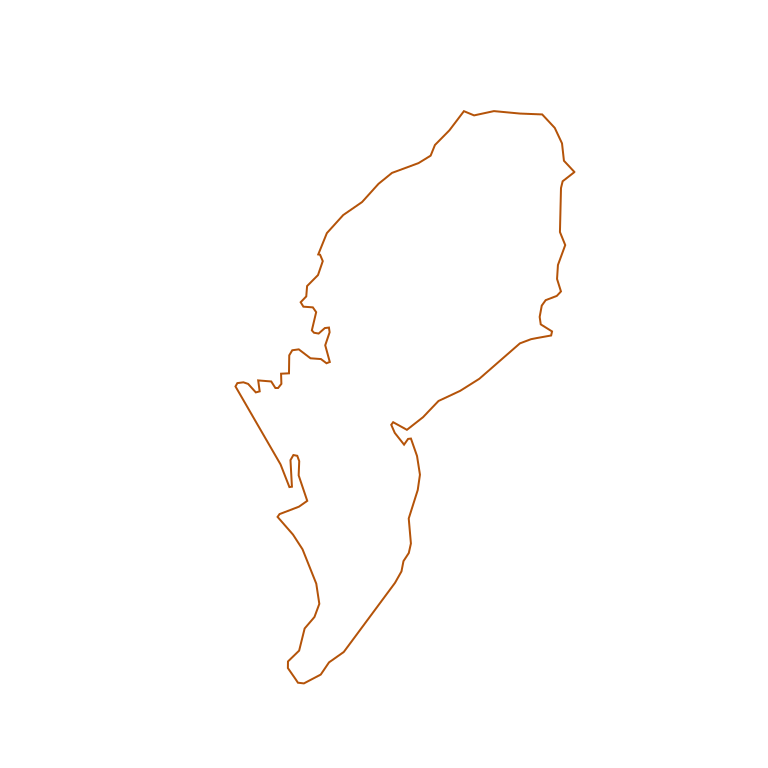 the district of Ryongyon, Hwanghae-namdo, North Korea, rotated 292°
{"feature_id": "82179303B51657859086197", "entity_name": "Ryongyon", "entity_type": "district", "adm_level": 2, "iso_a3": "PRK", "parent_name": "North Korea", "parent_adm1": "Hwanghae-namdo", "projection": "equal_earth", "projection_center": [124.917, 38.15], "detail": "fine", "context": "isolated", "style": "outline", "palette": "amber", "viewbox_px": 768, "rotation_deg": 292, "n_neighbors": 0, "source": "geoboundaries", "source_scale": "gbopen_adm2", "svg_char_len": 1672}
<svg xmlns="http://www.w3.org/2000/svg" viewBox="0 0 768 768"><g transform="rotate(292 384 384)"><path d="M479.5,274.5L479.9,276.3L475.0,281.2L460.3,282.0L446.0,276.0L436.1,279.1L428.6,276.1L425.5,280.3L428.4,289.3L425.2,294.2L406.7,297.0L405.3,299.9L406.3,304.5L413.7,308.2L415.7,311.8L411.6,314.2L397.9,315.0L384.1,325.5L383.4,324.7L381.7,322.9L383.5,316.2L380.3,306.2L384.2,292.0L380.9,286.3L375.1,285.4L358.3,291.9L355.0,284.7L345.7,288.8L340.6,287.3L339.6,284.8L344.1,278.5L340.2,266.0L330.6,271.5L328.2,268.3L333.2,258.0L332.9,253.0L329.9,247.7L326.1,247.2L302.2,277.8L270.7,318.2L253.0,334.9L254.3,337.1L278.4,325.8L284.2,326.6L284.9,330.5L280.7,334.3L267.3,339.1L246.9,356.6L238.4,351.1L224.9,336.6L224.3,335.9L220.9,335.1L210.3,356.0L200.2,370.4L173.5,396.0L155.9,406.4L141.9,406.8L127.6,402.0L105.0,405.2L90.8,398.9L84.6,401.3L77.0,412.9L74.8,416.1L76.4,421.9L90.9,434.2L105.3,437.3L120.5,447.1L203.8,468.7L216.8,470.4L227.1,468.4L236.6,470.3L244.4,469.0L246.2,468.7L268.6,457.3L298.3,455.0L313.4,451.3L329.6,441.6L343.5,429.4L342.1,426.9L335.3,425.3L342.7,412.3L348.9,406.0L352.0,406.8L350.1,422.4L368.0,432.7L374.9,435.4L388.7,440.9L406.2,457.2L424.5,470.4L472.6,494.8L480.6,503.5L483.8,508.4L491.6,520.8L495.7,520.1L498.0,507.0L504.5,503.2L515.8,500.9L522.3,502.5L530.4,511.2L536.1,513.4L546.2,505.1L559.5,500.7L580.7,500.0L590.8,490.2L632.0,474.7L638.9,473.7L651.7,481.1L651.9,481.1L658.4,467.2L673.8,458.9L685.4,446.4L693.2,429.7L685.7,408.8L678.2,383.7L666.8,366.9L666.9,355.9L643.7,349.6L624.7,341.7L613.2,341.7L601.8,333.3L582.7,312.3L567.5,303.9L544.5,295.5L525.4,282.9L502.5,274.5L479.5,274.5Z" fill="none" stroke="#b45309" stroke-width="2"/></g></svg>